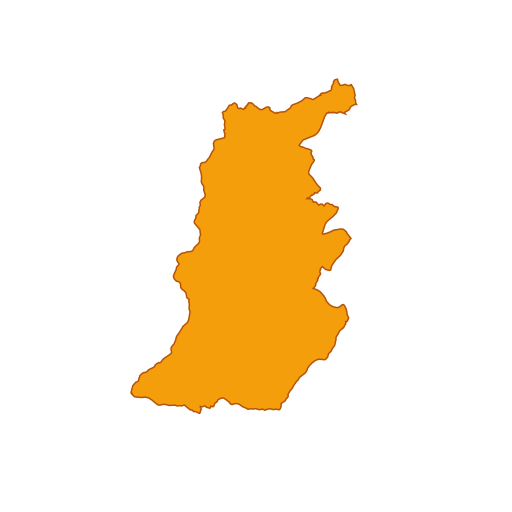 Toraja Utara, Sulawesi Selatan, Indonesia (Albers equal-area conic projection), rotated 229°
{"feature_id": "22746128B99951949618583", "entity_name": "Toraja Utara", "entity_type": "district", "adm_level": 2, "iso_a3": "IDN", "parent_name": "Indonesia", "parent_adm1": "Sulawesi Selatan", "projection": "albers", "projection_center": [119.857, -2.899], "detail": "fine", "context": "isolated", "style": "filled", "palette": "amber", "viewbox_px": 512, "rotation_deg": 229, "n_neighbors": 0, "source": "geoboundaries", "source_scale": "gbopen_adm2", "svg_char_len": 6141}
<svg xmlns="http://www.w3.org/2000/svg" viewBox="0 0 512 512"><g transform="rotate(229 256 256)"><path d="M363.3,291.1L361.0,285.6L360.6,282.7L360.0,281.0L360.3,278.4L361.4,277.3L361.9,276.0L361.9,274.6L360.4,273.0L360.0,271.3L354.1,268.7L351.1,266.6L347.8,263.3L345.3,262.5L343.1,262.3L341.9,261.7L340.2,259.8L335.4,257.8L334.0,255.9L334.2,251.1L333.2,248.8L330.9,247.3L330.0,245.0L329.1,244.6L328.0,242.8L326.7,241.7L326.0,239.9L326.0,237.4L324.2,235.6L323.0,232.7L321.9,231.4L321.1,231.1L313.1,231.0L311.8,230.4L309.9,228.9L308.7,228.5L306.7,225.0L303.9,222.8L303.2,220.9L302.9,214.9L301.6,211.9L302.0,209.9L304.2,207.1L305.2,204.3L306.7,202.1L307.1,199.1L307.0,196.7L306.0,194.7L304.7,193.5L302.4,192.9L300.8,192.9L300.0,191.7L299.8,189.2L299.3,188.1L298.3,187.2L296.2,182.5L294.9,180.3L292.9,179.4L291.0,179.3L289.2,179.4L288.2,180.3L286.9,180.9L285.2,180.9L284.0,180.4L281.4,178.4L278.7,178.4L276.7,179.0L274.4,178.9L273.8,178.8L270.0,176.5L268.6,176.6L267.3,177.1L265.4,175.2L263.4,174.1L260.3,171.1L259.1,170.3L257.8,170.0L256.8,169.2L252.1,163.4L250.8,160.7L250.8,154.9L248.8,148.8L247.4,143.2L245.2,140.0L243.3,136.2L243.2,134.3L242.5,131.8L241.0,130.4L239.0,129.4L238.3,128.4L238.1,127.6L239.0,119.8L239.0,117.5L238.2,114.1L238.6,113.2L239.4,112.7L239.9,109.9L239.7,108.0L239.0,106.4L240.6,100.2L240.3,97.9L240.7,96.2L241.5,95.1L242.0,93.6L242.0,91.8L241.9,89.9L241.1,88.9L240.9,88.0L239.0,85.5L238.9,84.6L239.6,82.2L238.9,77.9L235.0,72.1L233.8,71.7L233.6,72.3L232.1,71.7L229.7,71.9L228.1,73.1L224.2,76.9L221.9,80.1L219.2,81.9L215.3,83.0L208.5,84.1L206.8,85.2L204.7,89.0L203.3,90.3L200.2,92.4L196.5,97.1L194.5,98.1L193.4,99.9L191.5,101.7L190.8,103.8L190.3,104.2L183.1,105.4L182.0,106.4L181.1,106.8L179.6,106.8L178.1,108.4L174.3,110.1L174.3,110.8L175.9,113.2L176.1,114.2L178.8,114.9L179.0,115.2L177.4,116.4L176.7,118.7L176.3,119.2L174.4,119.3L171.4,121.3L171.4,122.1L172.4,123.5L170.8,124.3L170.2,125.2L171.9,128.5L171.5,130.8L172.3,132.4L172.3,133.4L171.7,136.0L170.6,137.9L169.8,138.5L164.2,139.8L160.5,139.8L159.6,140.5L158.2,143.6L155.7,145.9L150.8,147.1L147.2,148.9L145.7,149.3L145.1,150.0L144.7,151.1L142.1,153.8L141.0,155.7L138.1,157.4L136.1,160.5L133.7,161.6L132.8,164.4L131.4,166.4L128.9,168.1L126.9,171.1L125.2,172.1L124.7,172.8L124.7,173.7L125.8,176.0L128.2,178.3L127.5,183.0L128.4,185.0L128.4,186.7L128.8,188.0L130.7,189.6L132.0,193.6L132.2,196.0L133.7,200.0L134.8,204.7L134.8,206.6L135.5,207.8L135.8,210.0L135.4,216.5L136.1,219.0L137.4,221.3L138.2,224.2L138.5,228.4L138.3,231.6L137.7,234.0L136.5,236.2L132.7,239.7L132.4,241.1L132.7,243.7L134.7,246.8L134.8,249.9L136.1,253.1L136.9,256.7L140.6,261.7L142.1,263.0L144.6,270.2L144.5,275.2L145.7,278.0L145.7,279.0L146.4,279.4L146.9,280.2L147.5,280.4L147.6,280.6L147.0,280.7L147.0,282.3L147.6,283.2L147.5,283.7L148.0,284.1L148.4,285.3L151.9,286.3L154.7,288.2L157.2,289.4L160.3,290.2L161.9,290.2L162.7,288.8L162.8,285.5L163.9,283.2L166.9,281.0L170.2,279.7L172.4,279.5L175.4,279.5L178.8,280.6L181.5,281.0L186.8,281.0L190.3,280.0L194.0,277.9L194.5,281.5L195.9,282.9L197.2,286.7L198.3,287.3L198.1,288.2L199.0,288.9L199.8,292.2L200.3,293.2L201.5,293.5L201.9,293.4L202.7,294.3L203.2,295.5L203.6,295.6L203.8,296.4L204.1,296.4L204.4,298.2L204.5,299.1L200.5,299.6L198.3,300.9L196.9,302.0L196.5,303.2L199.1,307.0L199.8,309.7L200.9,314.1L201.1,320.2L202.5,325.1L204.5,327.6L205.3,329.6L205.2,332.4L206.0,335.9L206.9,338.0L206.9,339.2L213.5,339.5L214.4,340.0L217.2,339.8L219.0,339.4L220.7,337.8L224.6,331.5L225.4,328.1L226.5,324.9L228.4,321.0L229.2,320.8L229.8,321.3L234.5,328.9L235.4,331.6L235.5,334.7L235.3,340.1L235.8,344.9L237.7,348.9L238.8,349.9L240.8,348.7L241.2,348.0L243.3,347.3L244.6,347.4L246.3,345.7L248.5,345.2L249.5,344.1L249.8,342.8L249.1,340.2L251.9,339.9L252.8,338.7L253.2,336.8L257.1,336.7L258.0,336.2L258.9,334.7L262.0,335.4L264.0,334.1L265.9,332.0L266.1,333.1L265.1,333.8L265.0,335.1L265.5,337.8L265.0,338.4L264.6,340.2L264.8,341.0L265.4,341.7L263.7,343.1L263.2,343.9L263.7,344.8L263.6,347.8L264.9,349.2L269.6,348.9L277.8,350.0L283.5,349.7L285.5,351.6L288.5,357.7L289.7,362.5L290.6,363.2L291.4,362.8L292.1,362.9L292.7,363.5L294.0,364.0L296.0,364.2L297.9,365.2L298.3,366.6L299.2,367.1L300.9,366.6L305.5,363.6L307.1,363.1L309.5,361.3L311.3,361.2L312.7,367.5L308.6,379.4L308.5,381.6L308.9,385.0L310.4,388.8L316.3,399.6L317.4,403.3L317.0,403.6L316.8,404.9L316.3,404.7L316.0,404.9L316.1,405.8L314.2,407.2L314.5,407.8L314.3,408.2L313.4,408.6L312.9,409.3L312.2,409.4L312.0,410.2L310.5,410.9L310.3,412.0L310.6,412.5L309.3,414.0L309.4,414.4L308.3,414.7L304.7,416.6L306.0,416.7L306.2,417.4L305.3,421.8L305.6,423.4L306.4,425.0L306.4,425.7L306.0,428.7L305.0,430.8L304.4,431.3L306.1,431.7L308.2,433.2L310.8,434.0L312.2,436.2L318.3,439.5L322.9,440.3L323.2,439.6L323.2,438.3L325.5,436.4L326.8,436.1L327.3,435.5L328.4,432.7L330.0,431.3L330.7,431.7L334.0,432.3L336.0,433.5L337.3,431.0L336.8,429.5L336.9,429.0L336.2,428.7L335.3,427.2L334.2,424.1L333.9,424.1L333.2,423.5L333.0,422.8L332.1,422.2L331.8,420.6L332.4,419.9L332.9,416.9L333.4,416.6L334.2,414.0L335.1,413.6L335.6,412.8L335.9,411.2L334.8,410.5L334.8,410.1L335.6,409.7L335.4,409.4L336.5,402.2L337.2,401.2L338.7,400.6L342.5,397.9L343.1,397.0L343.1,392.3L344.2,387.7L346.1,382.7L346.1,381.1L345.2,379.1L345.9,372.5L348.7,368.7L349.3,367.5L349.5,366.2L350.1,365.8L350.6,365.9L350.5,365.0L350.8,364.5L354.8,362.8L356.9,362.3L357.6,363.0L358.3,363.0L358.9,363.7L360.1,363.3L361.2,362.1L361.9,360.2L361.7,359.2L362.2,358.4L362.5,356.6L363.7,355.4L365.7,354.6L368.8,354.2L370.2,353.4L372.6,353.5L374.8,352.9L375.3,352.1L376.3,351.3L376.3,350.6L375.8,350.1L376.1,349.7L376.0,349.1L375.5,347.9L375.8,347.5L375.1,346.6L375.4,345.4L374.6,345.0L375.1,344.7L374.8,342.8L377.9,341.3L378.1,340.3L378.9,339.6L379.9,339.4L382.9,340.9L385.4,340.4L385.7,339.9L386.1,338.2L386.0,336.7L386.8,335.7L387.3,334.5L386.4,332.1L385.5,328.4L385.5,327.7L386.4,326.2L386.3,324.7L383.9,323.8L381.9,321.9L378.3,321.2L375.7,318.2L373.0,316.7L371.9,315.4L372.3,314.4L369.5,312.9L368.3,312.7L367.2,311.0L366.3,310.6L366.0,309.6L369.8,302.2L370.1,299.9L368.9,297.7L364.9,295.2L364.0,293.9L363.3,291.1Z" fill="#f59e0b" stroke="#b45309" stroke-width="1.5"/></g></svg>